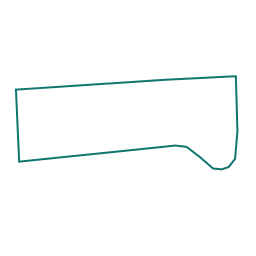 the district of Al Farafra Oasis, Al Wadi at Jadid, Egypt, rotated 357°
{"feature_id": "37247803B67299056810507", "entity_name": "Al Farafra Oasis", "entity_type": "district", "adm_level": 2, "iso_a3": "EGY", "parent_name": "Egypt", "parent_adm1": "Al Wadi at Jadid", "projection": "robinson", "projection_center": [27.531, 27.044], "detail": "fine", "context": "isolated", "style": "outline", "palette": "teal", "viewbox_px": 256, "rotation_deg": 357, "n_neighbors": 0, "source": "geoboundaries", "source_scale": "gbopen_adm2", "svg_char_len": 359}
<svg xmlns="http://www.w3.org/2000/svg" viewBox="0 0 256 256"><g transform="rotate(357 128 128)"><path d="M238.4,82.1L234.1,81.9L165.2,81.8L18.1,83.8L18.0,96.4L17.7,136.0L17.6,155.9L174.4,148.0L185.5,149.9L198.5,161.0L210.8,172.9L219.5,174.2L226.5,172.2L233.3,164.5L237.1,137.1L238.4,82.1L238.4,82.1Z" fill="none" stroke="#0f766e" stroke-width="2"/></g></svg>